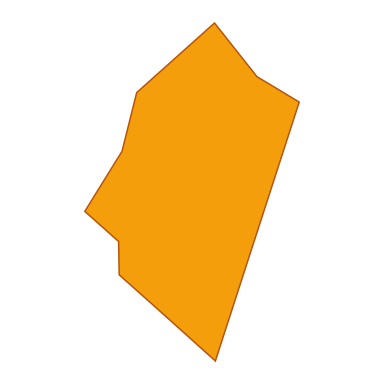 Pedra Preta, Rio Grande do Norte, Brazil
{"feature_id": "56859067B59670675388147", "entity_name": "Pedra Preta", "entity_type": "district", "adm_level": 2, "iso_a3": "BRA", "parent_name": "Brazil", "parent_adm1": "Rio Grande do Norte", "projection": "robinson", "projection_center": [-36.101, -5.53], "detail": "fine", "context": "isolated", "style": "filled", "palette": "amber", "viewbox_px": 384, "rotation_deg": 0, "n_neighbors": 0, "source": "geoboundaries", "source_scale": "gbopen_adm2", "svg_char_len": 283}
<svg xmlns="http://www.w3.org/2000/svg" viewBox="0 0 384 384"><path d="M136.7,92.6L122.0,151.3L84.8,211.4L118.6,241.5L119.2,274.8L125.5,280.5L155.5,307.2L215.4,361.0L222.7,338.3L299.2,102.1L256.9,76.6L214.5,23.0L136.7,92.6Z" fill="#f59e0b" stroke="#b45309" stroke-width="1.5"/></svg>